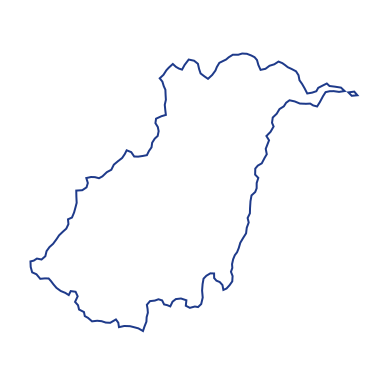 Araponga, Minas Gerais, Brazil (Natural Earth projection), rotated 188°
{"feature_id": "56859067B49785283687690", "entity_name": "Araponga", "entity_type": "district", "adm_level": 2, "iso_a3": "BRA", "parent_name": "Brazil", "parent_adm1": "Minas Gerais", "projection": "natural_earth1", "projection_center": [-42.51, -20.667], "detail": "fine", "context": "isolated", "style": "outline", "palette": "blue", "viewbox_px": 384, "rotation_deg": 188, "n_neighbors": 0, "source": "geoboundaries", "source_scale": "gbopen_adm2", "svg_char_len": 2995}
<svg xmlns="http://www.w3.org/2000/svg" viewBox="0 0 384 384"><g transform="rotate(188 192 192)"><path d="M308.2,75.7L303.5,74.5L299.7,72.8L298.3,77.0L293.4,77.0L290.7,72.8L292.5,66.9L289.1,64.0L287.5,59.9L282.3,58.1L280.9,54.2L277.5,52.9L273.0,50.0L268.0,51.3L263.6,51.5L259.2,50.7L254.8,51.1L249.6,55.2L246.8,52.3L245.5,48.0L240.4,49.9L234.7,50.5L230.2,50.0L226.1,49.5L221.2,47.5L220.3,52.3L219.1,57.2L219.5,61.8L218.9,66.3L219.7,70.0L221.0,74.0L218.4,78.1L213.7,79.3L210.3,81.1L206.5,80.5L204.0,76.8L200.8,76.5L197.6,75.7L196.0,80.7L193.1,83.7L188.1,85.0L182.5,84.0L182.3,78.5L178.0,77.0L173.2,79.0L170.0,78.9L167.3,82.3L166.7,89.0L168.3,95.8L168.7,102.3L168.5,107.8L166.1,111.1L162.5,114.0L158.8,114.4L158.1,109.9L155.5,107.6L152.0,106.7L148.9,104.1L147.3,99.4L144.4,101.2L141.8,105.0L139.7,109.1L140.1,114.4L142.3,118.4L141.5,122.4L142.3,126.1L141.9,131.1L140.8,135.4L139.0,138.6L137.9,143.0L137.1,148.5L135.0,153.5L132.7,158.6L132.8,164.2L131.6,169.7L133.3,174.0L131.7,178.9L132.3,184.3L132.8,191.0L132.6,196.9L129.4,200.8L128.5,204.7L129.2,209.9L128.3,215.2L131.9,218.0L132.6,224.0L130.5,227.3L126.9,230.1L124.8,236.0L123.2,239.8L125.0,245.0L123.8,250.1L122.9,253.9L126.1,257.8L122.6,262.5L120.3,268.2L122.4,271.7L122.4,277.0L119.0,281.3L116.9,286.3L113.0,289.6L111.2,293.5L108.2,296.4L102.9,296.0L97.5,294.6L91.4,295.2L87.2,296.0L84.1,294.6L80.0,294.1L77.9,298.8L75.6,305.1L73.6,309.5L69.6,311.0L65.6,311.6L60.3,311.6L54.9,313.2L59.0,316.1L65.2,316.2L70.6,316.1L73.6,318.2L77.4,315.6L81.5,312.7L82.9,309.1L86.9,307.1L91.6,305.6L94.9,310.3L98.0,314.3L101.1,317.6L102.8,322.5L105.8,326.0L110.5,327.7L114.5,328.9L117.6,330.7L120.5,332.2L124.5,333.2L128.3,329.9L132.8,327.8L136.4,324.2L141.1,322.5L144.0,327.1L146.0,331.7L148.8,334.2L152.2,335.4L156.9,336.5L161.6,336.1L165.2,334.4L170.7,333.6L174.4,330.5L176.7,327.9L179.4,326.1L182.9,323.7L184.8,319.2L185.7,315.5L188.3,310.7L191.9,306.3L195.9,308.3L200.0,310.6L202.1,314.8L204.0,319.8L208.2,322.3L213.7,322.7L217.0,316.8L218.9,311.8L222.1,312.4L225.3,313.7L228.8,316.1L232.3,311.9L234.3,309.0L236.6,304.0L239.8,300.1L236.7,297.2L234.7,292.9L232.6,289.6L231.7,284.7L230.7,279.7L231.1,274.5L229.9,269.6L228.6,264.7L232.8,262.8L237.8,259.6L237.8,255.1L234.9,251.6L233.5,247.6L233.8,242.7L236.3,239.7L238.3,235.3L238.3,230.6L240.3,226.7L241.8,222.2L245.9,220.8L250.3,219.5L254.2,219.1L257.7,223.0L262.5,224.2L263.8,220.3L265.9,216.0L269.5,212.3L273.2,208.2L275.0,202.8L279.1,199.8L282.9,195.0L286.0,192.7L290.2,193.2L294.1,192.8L298.6,191.1L296.4,186.4L297.1,181.9L300.9,178.5L306.8,177.3L305.9,171.6L304.7,165.2L305.2,160.9L305.9,155.4L307.3,150.0L311.0,147.7L309.9,143.0L311.4,138.2L314.2,134.9L317.6,130.6L319.4,126.8L322.3,121.4L325.5,117.6L327.8,113.2L328.3,108.0L331.6,104.2L336.3,104.5L339.2,102.0L342.3,100.8L341.3,95.3L339.1,90.2L334.6,88.9L330.2,84.9L325.6,86.0L321.9,86.4L319.3,84.2L316.4,81.3L312.9,78.2L308.2,75.7ZM51.0,312.4L47.2,309.5L41.7,310.8L45.3,314.0L51.0,312.4Z" fill="none" stroke="#1e3a8a" stroke-width="2"/></g></svg>